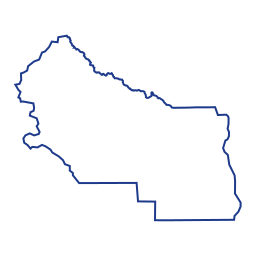 outline of Kittitas, Washington, United States of America
{"feature_id": "52423323B21025471162959", "entity_name": "Kittitas", "entity_type": "district", "adm_level": 2, "iso_a3": "USA", "parent_name": "United States of America", "parent_adm1": "Washington", "projection": "albers", "projection_center": [-120.862, 47.167], "detail": "fine", "context": "isolated", "style": "outline", "palette": "blue", "viewbox_px": 256, "rotation_deg": 0, "n_neighbors": 0, "source": "geoboundaries", "source_scale": "gbopen_adm2", "svg_char_len": 4938}
<svg xmlns="http://www.w3.org/2000/svg" viewBox="0 0 256 256"><path d="M27.5,145.0L30.5,148.6L32.3,146.9L37.5,147.4L42.0,144.9L45.5,146.3L50.5,149.6L52.3,152.5L58.8,156.4L63.1,160.3L64.9,164.2L69.8,166.0L69.8,170.6L72.9,173.0L72.9,175.3L79.1,183.1L136.6,182.9L138.0,201.4L155.2,201.6L155.0,220.2L164.0,220.3L234.1,219.8L234.5,216.0L238.4,211.7L240.6,206.5L240.6,202.5L235.0,193.6L235.1,180.8L234.6,175.4L229.3,164.7L227.8,154.9L224.5,151.8L223.1,148.1L225.4,140.5L227.5,139.4L228.9,136.3L229.0,132.0L227.6,128.8L228.5,124.2L228.6,117.8L227.9,116.1L226.2,114.7L217.9,115.0L215.1,107.2L209.5,107.3L204.5,107.3L198.3,107.3L193.9,107.4L188.5,107.6L173.9,107.8L172.0,107.6L171.4,107.0L171.0,106.2L170.4,105.7L168.7,105.0L167.5,104.8L166.5,104.9L165.3,103.4L163.9,102.1L163.4,100.8L162.4,99.9L161.6,99.5L160.1,98.4L159.4,98.0L159.0,98.1L158.6,98.3L157.7,97.9L157.4,96.8L156.5,96.1L155.6,95.7L153.8,95.2L152.9,93.3L152.4,92.4L151.9,92.3L151.3,93.1L151.5,94.4L151.7,95.5L151.3,96.2L150.6,96.4L149.1,97.4L148.0,97.9L146.9,97.9L146.0,97.3L145.9,96.2L145.7,94.8L144.7,93.2L144.5,91.9L143.5,91.3L142.1,91.1L140.7,91.2L139.1,90.0L137.8,90.2L137.4,90.5L136.9,90.6L136.6,90.6L136.4,90.5L136.2,90.4L135.1,90.2L134.7,90.3L134.3,90.6L134.1,90.6L133.9,90.5L133.7,90.5L133.4,90.5L133.2,90.5L133.1,90.3L133.0,90.2L132.8,90.1L132.7,90.2L132.0,90.3L131.5,89.9L131.3,89.8L131.1,89.7L130.7,89.3L130.5,88.8L130.3,88.6L130.1,88.6L129.9,88.7L129.8,88.9L129.7,88.9L129.4,88.4L129.2,88.2L128.7,87.8L128.4,87.6L128.1,87.3L128.0,86.8L127.8,86.4L127.6,86.3L127.5,86.2L127.3,86.1L126.8,85.6L126.6,85.5L126.4,85.5L125.7,85.6L125.3,85.4L125.2,85.2L124.6,85.0L124.4,84.9L124.2,84.8L123.8,84.6L123.7,84.5L123.6,84.2L123.4,83.9L123.4,83.7L123.3,83.2L123.2,83.0L123.0,82.5L122.8,82.3L122.8,82.0L122.9,81.7L122.8,81.4L122.8,81.2L122.9,80.9L122.9,80.7L122.6,80.4L122.2,80.1L122.1,79.9L122.0,79.6L121.6,79.5L121.0,79.6L120.7,79.5L120.4,79.4L119.9,79.5L119.1,79.2L118.7,79.0L118.5,78.7L117.6,78.6L117.0,78.3L116.4,78.3L115.9,78.2L115.4,78.2L114.9,78.3L114.7,78.3L114.4,77.9L114.2,77.4L114.0,77.0L113.6,76.9L113.3,76.6L113.1,75.9L113.1,75.2L112.6,74.8L112.3,74.4L112.2,74.2L112.0,73.6L111.9,73.4L111.7,73.2L111.6,73.3L111.5,73.5L111.3,73.6L110.9,73.8L110.4,73.9L110.1,73.9L109.9,73.7L109.4,73.7L109.2,73.6L108.9,73.4L108.3,73.2L108.2,73.1L107.7,73.3L107.3,73.9L106.9,74.2L106.8,74.4L106.8,74.7L106.8,74.9L106.7,75.1L106.2,75.5L105.8,75.6L105.5,75.4L105.2,75.3L105.0,75.2L104.6,74.9L104.3,74.6L104.0,74.3L103.7,74.0L103.5,73.9L103.3,73.8L103.2,73.8L103.0,74.0L102.7,74.1L102.5,74.3L102.5,74.6L102.3,74.7L102.1,74.8L101.9,74.9L101.7,74.8L101.2,74.4L100.9,74.0L100.7,73.8L100.3,73.6L99.8,73.2L99.5,72.7L99.0,72.3L98.8,72.3L98.7,72.4L98.5,72.5L98.1,72.5L97.8,72.5L97.4,72.4L97.2,72.4L97.0,72.5L96.9,72.6L96.7,72.7L96.4,72.7L95.8,72.1L95.6,72.1L95.2,71.9L94.9,71.6L94.7,71.5L94.6,71.3L94.3,71.0L94.2,70.8L94.1,70.7L94.2,70.4L94.2,70.2L94.2,69.6L94.2,69.4L94.2,69.2L94.1,68.8L94.3,68.2L94.4,67.9L94.4,67.7L94.0,67.6L93.9,67.5L93.7,67.3L93.4,67.0L93.3,66.8L93.2,66.5L93.2,66.3L93.2,66.1L93.2,65.9L93.2,65.7L92.9,65.4L92.7,65.4L91.8,65.3L91.6,65.2L91.4,65.2L90.7,65.1L90.3,64.9L90.1,64.8L90.0,64.7L90.2,64.1L90.2,63.8L90.5,63.3L90.6,63.1L90.9,62.7L90.5,62.1L90.3,61.8L90.1,61.7L89.9,61.7L89.7,61.6L89.6,61.4L89.4,61.0L89.3,60.9L89.1,60.7L89.3,60.3L89.1,60.1L88.6,59.9L88.3,59.6L88.1,59.5L87.8,59.2L87.6,59.2L87.1,59.1L86.8,58.9L86.6,58.8L86.4,58.7L86.2,58.7L85.9,58.4L85.7,58.2L85.2,57.5L85.2,57.3L85.0,57.2L84.8,56.8L84.4,56.4L84.4,56.1L84.2,56.0L84.1,55.8L83.9,55.7L84.0,55.4L84.0,55.2L84.2,54.9L84.3,54.7L84.5,54.3L84.4,54.1L84.1,53.6L83.8,53.3L83.7,53.1L83.7,52.8L83.6,52.7L83.0,52.5L82.7,52.4L82.3,52.3L82.2,52.1L81.8,52.0L81.6,52.0L81.2,52.0L80.7,52.0L80.5,51.9L80.3,51.8L80.2,51.7L79.8,51.5L79.6,51.3L79.6,51.1L79.6,50.9L79.5,50.7L79.3,50.4L78.9,50.1L78.6,49.8L78.1,49.5L77.7,49.3L77.4,49.0L77.0,49.1L76.6,49.1L76.4,49.2L76.3,49.3L76.2,49.1L75.7,48.6L75.4,48.4L75.2,48.2L74.7,47.6L74.4,47.6L74.5,47.5L74.5,47.4L74.5,47.2L74.4,46.9L73.9,46.6L73.8,46.4L73.7,46.2L73.3,46.0L73.1,45.9L73.0,45.7L72.8,45.6L72.4,45.7L72.2,45.5L72.1,45.1L72.1,44.9L72.0,44.7L71.9,44.5L71.9,44.3L71.8,43.9L71.5,43.6L71.4,43.4L71.0,42.9L70.7,42.5L70.6,42.4L70.3,41.8L70.2,41.6L70.2,41.4L70.3,41.2L70.6,40.8L70.7,40.7L70.5,40.2L70.3,40.1L70.2,39.9L70.1,39.7L70.1,39.3L69.8,39.0L69.9,38.3L69.8,38.1L69.6,38.0L69.5,37.8L69.4,37.6L69.3,37.4L69.1,37.3L68.7,37.2L68.3,37.4L68.1,37.4L67.9,37.3L67.8,37.1L67.6,36.8L67.4,36.8L67.2,36.7L67.2,36.4L67.2,36.2L66.9,35.9L66.8,35.7L58.3,37.2L57.6,42.2L51.8,41.6L49.1,47.0L45.0,51.5L42.0,52.5L39.2,59.5L34.0,61.5L28.1,66.2L27.2,70.5L23.5,72.6L21.0,73.4L21.2,80.1L19.5,83.9L15.4,84.7L18.4,89.9L20.5,91.9L18.4,97.5L20.1,98.3L20.8,101.7L23.1,101.5L33.4,103.4L34.1,107.9L33.6,110.8L30.5,112.2L29.8,115.6L36.7,118.3L38.4,123.6L36.7,126.4L39.6,131.9L38.7,134.0L34.1,135.4L29.8,133.4L25.5,135.3L23.4,138.4L24.2,142.7L27.5,145.0Z" fill="none" stroke="#1e3a8a" stroke-width="2"/></svg>